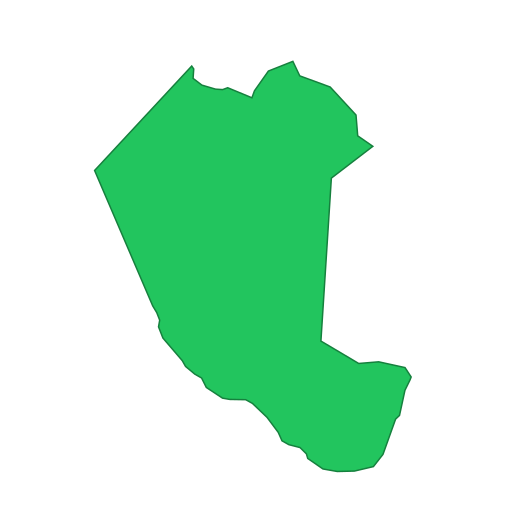 the district of Pamlico, North Carolina, United States of America, rotated 100°
{"feature_id": "52423323B84079682288186", "entity_name": "Pamlico", "entity_type": "district", "adm_level": 2, "iso_a3": "USA", "parent_name": "United States of America", "parent_adm1": "North Carolina", "projection": "mercator", "projection_center": [-76.685, 35.151], "detail": "fine", "context": "isolated", "style": "filled", "palette": "green", "viewbox_px": 512, "rotation_deg": 100, "n_neighbors": 0, "source": "geoboundaries", "source_scale": "gbopen_adm2", "svg_char_len": 798}
<svg xmlns="http://www.w3.org/2000/svg" viewBox="0 0 512 512"><g transform="rotate(100 256 256)"><path d="M80.1,352.3L199.8,429.8L323.0,349.1L329.0,343.9L335.9,339.7L342.7,339.7L353.0,333.4L371.9,310.4L377.0,306.2L383.0,295.7L385.6,288.4L394.1,282.1L401.8,264.3L401.8,257.0L399.3,241.2L401.8,233.9L413.0,217.1L425.8,203.5L433.5,198.3L436.1,190.9L437.0,179.4L442.1,172.0L446.4,169.9L454.1,153.1L454.1,138.5L450.7,121.7L443.0,103.8L429.3,96.5L392.4,90.2L388.1,87.0L362.4,86.0L351.3,82.8L348.2,82.2L340.0,89.9L338.9,116.8L344.0,136.2L328.5,177.3L166.2,195.3L127.7,160.0L120.0,176.7L99.8,182.0L76.7,212.3L71.0,244.2L57.9,253.5L71.7,275.9L93.6,286.2L100.9,287.5L95.2,313.1L97.9,317.7L98.7,324.8L97.1,339.0L92.0,348.8L82.6,349.8L80.1,352.3Z" fill="#22c55e" stroke="#15803d" stroke-width="1.5"/></g></svg>